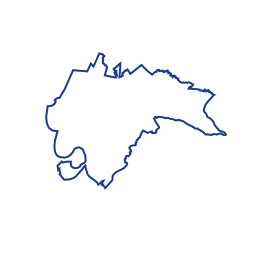 Salsig, Maramures, Romania, rotated 130°
{"feature_id": "2599482B27757238737768", "entity_name": "Salsig", "entity_type": "district", "adm_level": 2, "iso_a3": "ROU", "parent_name": "Romania", "parent_adm1": "Maramures", "projection": "equal_earth", "projection_center": [23.276, 47.532], "detail": "fine", "context": "isolated", "style": "outline", "palette": "blue", "viewbox_px": 256, "rotation_deg": 130, "n_neighbors": 0, "source": "geoboundaries", "source_scale": "gbopen_adm2", "svg_char_len": 5710}
<svg xmlns="http://www.w3.org/2000/svg" viewBox="0 0 256 256"><g transform="rotate(130 128 128)"><path d="M163.0,203.5L172.4,197.6L176.6,193.1L178.7,188.8L178.6,185.0L177.2,181.9L175.7,180.0L184.4,175.9L188.0,173.6L190.8,171.2L193.0,168.8L194.0,166.8L194.6,165.2L194.6,163.5L194.1,161.8L193.7,160.9L191.4,157.4L190.0,156.4L188.0,155.4L185.5,154.8L183.1,154.7L178.2,155.5L176.9,154.9L174.8,153.7L174.1,152.6L173.3,149.3L176.7,142.8L178.9,140.9L180.0,139.6L182.2,139.0L183.4,139.3L186.6,140.7L187.8,140.0L188.3,140.0L190.7,140.9L191.5,141.3L193.0,143.2L193.6,144.3L193.8,145.2L193.7,146.8L193.0,148.1L190.5,150.1L192.0,152.0L192.9,153.0L196.5,156.0L196.3,157.2L200.4,157.4L201.1,157.8L202.1,157.8L204.8,154.7L204.0,154.8L203.2,154.5L204.4,153.5L205.8,151.3L206.9,150.1L207.4,150.4L208.4,145.6L208.6,143.6L207.8,142.7L204.1,139.1L201.1,137.6L198.7,136.8L190.5,136.6L189.1,136.4L186.7,136.8L184.1,136.7L184.2,136.4L184.8,135.9L186.3,134.2L187.6,131.9L189.3,129.4L189.5,129.0L190.0,127.0L190.0,124.3L189.6,120.6L189.6,116.5L190.3,114.9L190.5,114.7L190.5,114.3L189.4,114.0L186.1,113.8L185.0,113.4L184.3,112.9L186.5,112.5L188.4,111.6L188.2,111.2L187.4,111.0L187.6,110.1L188.2,109.3L188.1,108.6L188.7,106.9L180.6,106.5L177.7,106.6L174.6,108.9L172.8,109.2L169.4,108.7L161.6,105.4L159.3,105.2L157.7,105.1L156.6,105.4L155.4,106.1L156.1,108.3L155.6,108.4L154.4,110.1L154.2,110.4L153.6,110.5L152.6,110.2L151.6,111.2L150.9,111.3L149.7,110.6L149.5,109.8L149.2,109.5L148.4,109.3L146.1,109.7L145.9,109.9L145.8,110.7L145.5,111.1L145.1,111.1L144.6,110.6L143.8,110.8L142.9,112.0L142.9,113.1L142.4,114.2L141.4,114.1L140.4,114.4L138.7,113.4L137.6,112.6L136.8,111.4L136.2,111.2L135.9,111.2L134.6,112.6L134.2,112.7L133.5,112.4L132.6,112.9L131.9,113.5L131.0,113.4L130.3,113.0L128.9,113.5L128.1,113.0L127.8,112.9L123.7,114.3L120.3,114.9L119.1,109.9L115.3,107.6L116.3,106.1L115.9,105.6L115.0,105.1L114.6,104.1L113.6,103.6L113.1,103.9L112.2,104.2L111.9,104.8L111.7,104.9L107.7,104.4L107.2,105.2L106.6,106.8L106.2,109.0L104.0,114.2L102.3,114.0L101.9,114.2L101.6,113.9L101.5,113.6L101.9,113.6L102.1,113.3L102.0,112.7L101.8,112.5L101.4,112.6L100.9,112.5L100.6,112.1L100.3,112.0L100.1,111.7L99.5,111.6L98.9,110.4L97.4,108.3L96.6,106.0L95.6,105.2L95.5,104.8L94.1,102.8L94.1,102.2L93.9,101.7L93.2,100.5L92.7,100.3L92.1,98.5L91.8,97.0L90.9,95.6L90.1,95.3L89.6,94.5L89.0,94.2L88.8,93.9L88.8,93.1L88.0,92.0L87.9,91.0L87.3,89.8L87.2,89.2L87.3,88.9L87.1,87.6L87.2,86.9L86.7,84.5L86.5,83.0L85.6,80.3L85.6,79.1L85.3,78.6L85.1,77.7L85.4,76.6L83.6,74.1L83.8,72.7L83.4,72.0L83.4,70.7L83.0,69.9L83.1,69.3L82.9,68.8L82.8,68.2L82.8,67.6L83.0,66.5L83.1,65.1L83.0,64.1L82.7,63.7L81.9,63.3L81.5,62.4L81.0,61.9L80.7,61.5L80.8,61.4L79.8,59.8L78.9,59.1L78.2,58.9L77.0,57.7L75.8,55.6L74.4,55.0L73.1,53.9L72.6,53.1L71.8,49.9L70.9,49.1L70.1,48.8L69.6,50.3L69.5,51.3L70.1,53.7L70.8,54.6L71.2,56.3L71.2,56.9L70.8,59.1L70.8,60.1L70.2,62.4L70.2,63.2L68.8,65.6L68.3,67.0L67.7,70.3L67.8,71.1L68.4,73.4L68.4,74.3L67.0,77.0L66.7,78.2L66.6,80.0L66.3,80.6L64.9,81.9L61.3,83.3L59.7,83.6L57.0,83.8L52.2,83.7L51.7,83.5L48.7,83.7L47.5,83.3L47.7,83.7L47.5,84.6L47.5,85.9L47.8,86.1L47.5,86.4L47.8,86.8L47.7,87.6L47.5,88.2L48.0,88.9L48.3,89.0L48.0,89.7L47.8,89.7L47.7,89.5L47.4,89.6L47.4,90.8L47.7,90.7L48.0,90.8L48.0,91.0L48.3,91.2L48.5,91.5L48.8,91.6L48.9,91.1L49.3,91.1L49.6,91.6L49.8,93.3L49.7,93.6L49.1,93.8L49.2,94.0L49.9,94.0L50.8,93.5L51.2,93.4L51.9,95.7L52.9,96.8L53.1,97.5L52.6,97.8L53.4,99.3L58.9,106.9L57.5,107.2L57.1,106.8L56.2,106.7L55.9,106.2L55.6,106.0L53.8,105.9L53.5,106.1L52.8,106.2L53.2,107.4L53.2,108.7L53.7,110.4L54.3,111.1L55.1,111.3L55.3,112.1L56.2,113.1L56.9,113.6L57.2,114.1L57.2,114.5L57.4,114.8L58.4,115.5L58.7,116.1L59.3,118.2L59.3,118.5L58.8,119.2L59.0,120.0L59.0,120.5L58.6,121.3L58.0,121.5L58.3,121.9L58.3,122.5L58.7,122.8L58.6,123.1L58.8,123.3L58.8,124.0L58.4,124.3L58.7,124.5L58.7,124.8L58.3,125.0L58.7,125.5L58.0,125.9L58.1,126.2L58.4,126.2L58.6,126.4L59.6,126.4L59.3,126.7L59.4,126.9L60.0,126.8L60.0,127.0L59.7,127.3L60.3,127.8L59.8,128.1L59.8,128.7L59.3,129.2L59.3,129.4L59.7,129.6L58.7,129.9L58.7,130.2L59.0,131.0L58.9,131.7L59.5,132.4L59.9,132.1L60.1,132.3L59.2,132.9L59.4,133.6L58.8,134.2L59.7,134.4L59.8,134.6L59.0,134.7L58.9,134.9L59.4,135.3L59.6,135.3L60.1,135.9L60.9,135.9L61.7,136.1L61.4,136.4L61.5,137.1L62.2,137.1L62.3,137.6L61.8,138.1L62.3,138.5L62.4,139.1L63.7,139.8L63.8,139.9L63.9,140.6L64.2,140.7L63.6,141.5L63.7,141.9L64.5,142.4L64.9,142.4L65.3,142.9L65.6,142.9L65.7,142.6L66.4,142.6L66.8,142.4L67.3,143.0L68.2,143.4L71.5,143.8L71.8,144.3L71.7,144.6L71.4,144.8L71.8,147.7L71.8,149.5L71.4,153.1L71.5,153.8L71.0,158.1L85.0,161.0L83.5,166.0L84.9,166.0L85.5,166.5L85.4,166.9L85.6,167.2L86.8,167.0L87.4,167.2L88.0,167.0L88.4,166.9L88.6,167.0L88.9,167.5L89.3,167.6L89.7,166.9L90.7,166.8L91.0,165.9L91.4,165.7L92.2,166.1L93.0,166.1L93.7,166.8L94.6,167.2L91.3,169.6L90.5,170.0L87.9,171.9L83.4,175.5L84.5,175.8L85.6,175.8L87.8,176.2L87.9,175.9L88.3,176.1L88.9,176.1L91.9,177.1L92.5,176.1L92.7,175.4L92.0,174.2L91.6,173.7L92.1,173.3L93.9,174.1L94.3,174.0L94.4,173.7L94.2,173.3L93.1,172.8L93.1,172.4L93.5,172.2L94.9,172.5L95.3,172.4L95.4,172.2L95.3,171.7L94.4,170.9L94.7,170.4L95.4,169.8L96.7,170.1L97.2,169.8L100.9,176.4L102.6,179.6L94.8,183.2L94.9,183.6L94.2,184.6L94.1,185.1L94.6,185.8L94.7,186.3L94.1,187.5L94.6,188.4L94.6,188.9L92.1,190.7L91.3,191.0L91.0,192.0L90.5,192.5L89.9,192.7L88.9,192.3L88.0,192.4L87.9,192.5L88.2,193.8L87.7,194.4L89.3,198.0L100.6,194.6L103.2,194.0L102.5,197.9L110.8,195.6L119.0,207.2L139.2,201.4L149.1,199.8L149.9,200.8L150.8,201.5L152.7,202.0L153.9,202.1L154.0,202.0L154.0,200.6L154.1,200.4L156.4,199.9L158.1,200.0L158.8,200.2L160.0,200.8L163.0,203.5Z" fill="none" stroke="#1e3a8a" stroke-width="2"/></g></svg>